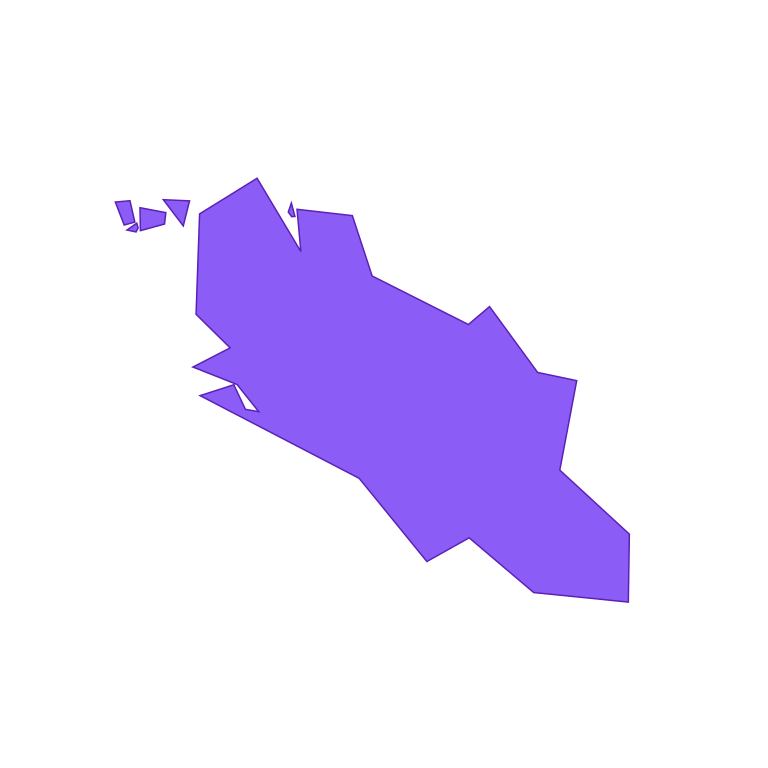 outline of Krasnoyarsk, rotated 304°
{"feature_id": "RUS-2603", "entity_name": "Krasnoyarsk", "entity_type": "Territory", "adm_level": 1, "iso_a3": "RUS", "parent_name": "Russia", "parent_adm1": "", "projection": "orthographic", "projection_center": [95.961, 66.535], "detail": "coarse", "context": "isolated", "style": "filled", "palette": "violet", "viewbox_px": 768, "rotation_deg": 304, "n_neighbors": 0, "source": "natural_earth", "source_scale": "10m", "svg_char_len": 762}
<svg xmlns="http://www.w3.org/2000/svg" viewBox="0 0 768 768"><g transform="rotate(304 384 384)"><path d="M271.5,238.0L299.4,259.9L285.5,283.3L291.0,295.6L301.4,262.5L291.2,216.1L327.9,236.2L336.7,189.2L421.9,136.0L483.6,163.7L447.3,241.0L480.2,214.2L505.9,263.6L466.9,313.8L480.5,420.7L507.2,428.2L479.5,504.9L494.5,541.9L410.9,577.9L396.7,671.4L339.8,708.5L294.8,624.7L304.1,540.6L260.8,518.8L291.9,416.2L271.5,238.0ZM404.1,107.3L393.9,112.6L374.9,96.3L393.7,83.1L404.1,107.3ZM393.9,70.9L378.9,86.9L370.5,79.7L384.6,59.5L393.9,70.9ZM413.4,98.0L427.1,120.4L402.8,129.2L413.4,98.0ZM367.9,84.8L379.1,89.1L375.9,92.9L371.4,93.4L367.9,84.8ZM482.2,206.0L473.1,216.5L471.1,213.9L473.0,208.5L482.2,206.0Z" fill="#8b5cf6" stroke="#5b21b6" stroke-width="1.5"/></g></svg>